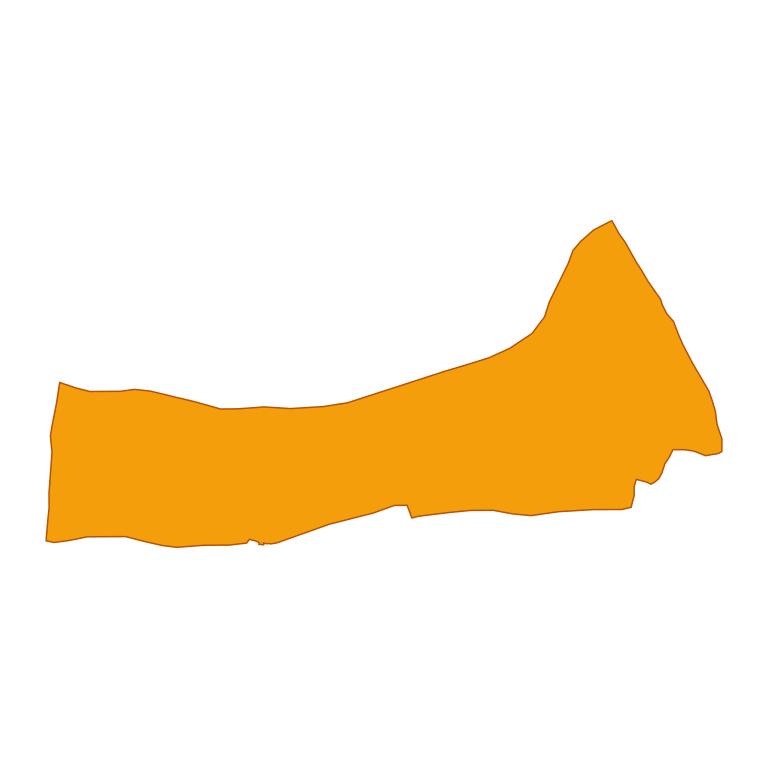 the district of Akoko North East, Ondo, Nigeria
{"feature_id": "59680162B30693560799830", "entity_name": "Akoko North East", "entity_type": "district", "adm_level": 2, "iso_a3": "NGA", "parent_name": "Nigeria", "parent_adm1": "Ondo", "projection": "natural_earth1", "projection_center": [5.819, 7.563], "detail": "fine", "context": "isolated", "style": "filled", "palette": "amber", "viewbox_px": 768, "rotation_deg": 0, "n_neighbors": 0, "source": "geoboundaries", "source_scale": "gbopen_adm2", "svg_char_len": 1759}
<svg xmlns="http://www.w3.org/2000/svg" viewBox="0 0 768 768"><path d="M611.9,220.7L607.8,222.6L593.5,230.1L580.9,241.2L573.0,250.4L568.3,263.3L549.3,302.1L544.6,316.8L532.0,333.5L509.8,348.3L495.5,354.8L489.2,357.7L465.3,365.2L446.3,370.8L347.8,402.7L346.1,403.0L323.9,406.5L316.6,407.0L290.5,408.6L274.8,407.6L263.4,406.9L261.8,407.1L245.4,408.3L236.4,408.9L220.5,409.0L195.0,401.8L176.4,397.4L172.7,396.5L150.4,391.1L134.5,389.4L120.2,391.3L107.4,391.4L89.9,391.5L75.6,387.9L59.7,382.5L59.6,382.9L56.6,402.7L51.9,426.7L50.4,435.9L52.0,452.4L50.5,472.7L49.0,492.9L49.1,507.6L47.6,522.4L46.1,540.8L54.0,542.5L68.4,540.6L87.4,536.8L90.2,536.8L103.3,536.7L125.6,536.6L146.3,541.9L162.3,545.5L175.0,547.1L176.6,547.3L203.6,545.3L217.0,545.2L221.3,545.1L229.1,545.1L241.2,543.7L246.6,543.1L249.4,539.3L252.6,540.3L254.1,540.5L255.0,540.8L256.2,541.2L257.9,542.0L259.1,542.7L258.9,544.4L263.7,544.8L263.6,543.0L265.0,543.4L266.9,543.8L268.7,543.5L270.8,543.9L276.8,542.9L323.4,526.3L325.7,525.5L329.2,524.2L344.8,520.3L356.8,517.2L373.7,512.9L394.4,505.4L407.1,505.3L411.9,518.0L418.3,516.3L434.2,514.3L450.1,512.4L470.8,510.4L493.1,510.3L512.2,513.8L519.1,514.5L531.3,515.6L558.3,511.7L593.3,509.6L622.0,509.5L631.1,507.3L634.1,495.7L634.2,486.4L636.3,479.4L646.1,481.9L651.0,484.2L655.0,481.9L658.9,478.5L662.0,472.7L663.1,469.3L665.0,463.5L669.0,457.7L673.0,449.6L679.0,449.7L684.9,449.7L692.7,450.9L696.7,452.1L705.5,455.7L718.3,453.5L721.9,451.5L721.9,438.9L717.0,424.2L715.4,411.4L712.1,400.4L708.9,391.2L699.3,374.7L692.8,363.7L688.0,354.5L683.2,345.4L678.4,334.4L673.5,321.5L667.1,314.2L662.3,305.0L660.7,299.5L654.3,290.4L647.9,281.2L641.5,270.2L636.7,262.9L625.4,242.7L619.0,233.6L611.9,220.7Z" fill="#f59e0b" stroke="#b45309" stroke-width="1.5"/></svg>